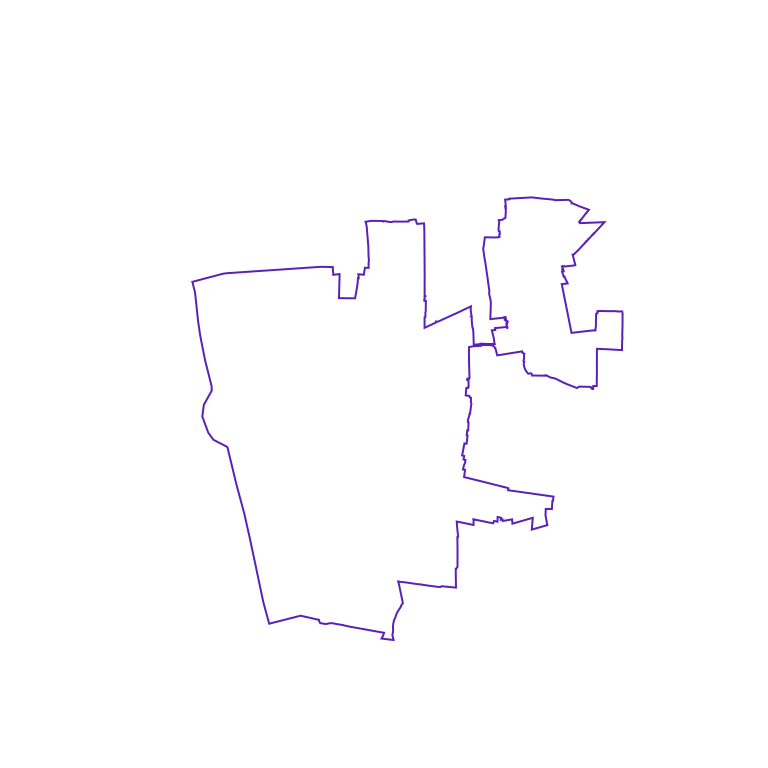 outline of 's-Gravenhage, Zuid-Holland, Netherlands, rotated 306°
{"feature_id": "6326949B51640145634696", "entity_name": "'s-Gravenhage", "entity_type": "district", "adm_level": 2, "iso_a3": "NLD", "parent_name": "Netherlands", "parent_adm1": "Zuid-Holland", "projection": "albers", "projection_center": [4.334, 52.075], "detail": "fine", "context": "isolated", "style": "outline", "palette": "violet", "viewbox_px": 768, "rotation_deg": 306, "n_neighbors": 0, "source": "geoboundaries", "source_scale": "gbopen_adm2", "svg_char_len": 6082}
<svg xmlns="http://www.w3.org/2000/svg" viewBox="0 0 768 768"><g transform="rotate(306 384 384)"><path d="M551.3,556.6L557.9,552.0L560.5,550.3L561.5,549.8L561.9,549.5L562.8,548.4L563.2,548.3L572.2,542.1L580.8,535.9L582.5,534.4L582.6,534.2L582.6,533.9L582.4,533.5L580.5,531.1L578.4,527.6L575.5,523.7L569.3,514.8L569.2,514.7L568.9,514.8L568.3,513.9L567.0,514.8L567.0,514.7L565.4,514.4L554.5,522.0L553.2,522.4L551.6,523.6L550.9,522.6L550.5,522.0L549.0,520.2L535.7,505.8L535.8,505.7L535.7,505.5L569.3,469.1L573.2,473.4L573.9,472.2L574.0,472.3L576.5,467.5L577.0,467.0L576.4,466.3L577.6,464.8L579.6,462.0L580.8,463.1L581.5,462.2L581.4,462.1L581.5,461.9L582.2,461.3L581.7,460.8L582.4,460.5L582.9,459.9L583.7,458.8L584.4,459.3L584.5,459.7L584.7,460.0L585.2,460.2L585.3,460.5L585.2,460.9L585.2,461.1L592.2,468.7L592.7,468.9L599.5,460.6L600.0,461.3L604.2,462.1L606.7,462.5L616.0,463.6L616.5,463.6L616.4,463.7L620.9,464.3L621.2,464.1L621.3,464.3L628.5,465.1L628.3,465.3L644.5,467.2L629.4,448.1L629.7,447.9L629.8,446.6L631.3,446.6L631.1,446.9L640.3,447.0L641.0,447.3L641.4,447.0L645.4,447.4L642.7,437.9L641.0,430.4L640.8,429.8L640.5,429.6L641.1,429.2L641.4,428.7L641.6,428.2L641.5,425.5L641.4,425.0L633.6,414.8L632.3,412.0L631.1,409.9L626.9,402.9L622.7,395.4L622.1,394.2L607.5,376.3L607.0,376.7L606.0,375.7L604.4,373.6L602.1,375.7L599.3,378.1L598.9,377.6L597.8,378.7L598.1,379.0L594.6,381.5L590.9,383.9L589.4,384.6L589.0,384.1L586.4,383.2L584.0,380.5L582.6,382.1L577.1,385.3L575.1,386.9L575.0,387.2L575.5,387.9L573.3,389.6L572.8,389.4L571.5,390.4L571.3,390.3L570.8,391.0L569.7,390.0L567.7,387.6L563.3,381.2L561.9,379.4L555.0,383.2L553.4,383.9L551.8,384.7L544.9,391.3L542.8,393.6L534.7,401.5L532.4,403.8L527.0,408.9L521.7,414.1L518.6,416.2L517.6,417.3L515.8,419.5L513.4,422.0L510.5,424.1L499.0,431.9L508.4,442.3L508.7,442.0L509.6,443.0L508.8,443.7L508.1,442.9L506.9,444.0L507.8,444.9L506.6,446.0L507.4,446.9L506.7,447.6L506.1,447.0L504.7,448.4L504.3,447.9L502.9,449.4L502.6,450.4L502.0,450.9L501.7,450.7L502.5,449.9L500.7,448.0L494.5,441.0L493.1,442.3L490.8,439.7L485.6,445.9L482.7,448.6L481.4,450.1L475.0,441.0L474.1,439.3L473.1,438.3L472.9,438.5L472.6,438.3L468.6,433.5L478.1,426.1L481.4,423.3L481.4,423.1L481.4,422.6L482.4,421.7L482.5,421.5L487.0,417.6L489.0,416.2L489.9,415.4L489.9,415.2L490.0,415.3L491.0,414.5L492.4,412.8L495.7,410.0L497.9,408.7L486.0,402.2L465.8,390.8L465.5,389.8L465.1,389.2L463.9,389.7L453.3,383.8L461.7,377.7L461.9,377.9L462.4,378.2L465.8,375.7L467.4,375.0L475.9,369.0L475.0,367.8L475.8,367.1L476.0,367.3L478.8,365.3L479.3,366.0L479.5,365.9L479.4,364.9L498.6,351.0L533.5,325.2L537.5,321.9L533.1,316.9L533.0,316.4L534.5,314.4L535.7,313.0L535.0,312.0L533.9,310.7L530.8,307.8L529.9,308.4L526.2,303.5L521.1,296.3L519.4,294.8L518.9,294.2L517.6,291.8L516.7,289.7L515.8,288.2L515.4,287.7L515.1,287.9L514.8,287.5L514.9,287.1L514.7,286.6L509.9,279.7L508.2,277.5L504.4,273.7L503.2,275.4L500.7,277.9L485.9,290.6L477.9,296.7L475.9,298.6L472.3,300.8L468.9,303.3L466.8,300.2L465.2,301.2L463.6,301.8L460.6,303.5L457.7,298.7L456.7,299.7L455.1,300.9L455.0,301.2L454.6,301.4L454.3,300.8L449.0,304.0L442.0,307.5L436.3,310.2L427.0,297.1L446.2,283.9L446.8,283.4L442.5,278.8L443.8,277.9L444.7,276.9L448.5,273.8L441.5,263.8L381.4,191.9L378.9,189.2L354.0,168.9L347.1,177.2L325.2,197.0L315.1,206.9L298.1,225.2L281.1,245.6L277.5,248.5L261.2,250.5L250.8,256.2L241.3,270.5L238.6,278.8L241.0,294.3L216.2,323.4L196.9,347.3L180.7,365.7L167.1,380.8L136.4,414.8L122.6,432.0L147.5,452.7L155.0,470.1L154.0,470.9L153.0,473.0L153.9,474.5L154.7,476.4L156.1,478.6L158.7,480.8L159.4,481.8L160.4,483.4L162.2,487.3L164.8,492.3L164.7,492.4L167.5,498.8L179.4,523.4L182.8,530.3L179.7,531.2L176.6,531.6L182.5,542.2L183.4,541.3L185.8,538.3L188.3,537.3L189.6,536.5L193.3,533.6L197.8,531.3L199.2,530.9L201.6,530.5L203.4,529.8L206.6,529.0L209.7,528.7L213.5,528.6L214.4,528.3L215.8,528.0L217.8,528.1L230.6,514.0L232.6,511.5L233.0,512.1L233.1,512.5L233.5,513.4L236.3,518.3L242.0,529.2L243.4,531.3L243.7,532.2L246.7,537.9L251.7,547.1L252.9,548.9L253.4,549.2L254.1,549.3L254.6,549.9L255.1,551.0L255.5,551.6L261.6,561.9L274.4,552.3L276.7,550.7L277.0,551.1L277.8,550.9L279.2,551.0L294.1,540.2L303.3,533.3L303.8,533.5L304.0,533.7L304.6,533.2L310.5,527.9L315.5,523.7L322.6,539.3L326.1,536.8L327.0,535.9L327.4,536.9L327.5,536.8L331.0,544.4L335.4,554.1L335.5,554.2L337.8,553.4L339.3,556.7L343.2,554.1L344.5,557.0L344.6,557.5L342.8,558.3L344.1,559.5L343.0,560.6L349.8,567.2L346.5,570.0L363.2,583.0L353.1,589.1L365.8,599.1L372.6,591.9L378.0,588.3L381.5,593.3L388.5,588.9L388.9,589.4L392.5,587.3L371.1,547.0L371.0,546.7L372.7,546.0L372.7,545.5L362.9,521.0L357.6,508.0L355.8,503.5L362.2,500.0L361.3,498.1L365.1,496.5L368.5,495.8L369.5,494.8L370.4,494.5L369.7,492.7L372.9,491.2L372.1,489.2L378.8,486.1L379.7,485.6L379.9,485.3L380.5,485.3L383.2,484.0L384.2,485.9L385.0,485.5L391.5,481.8L391.1,481.1L395.4,478.6L395.9,479.4L402.7,474.9L402.5,474.3L404.4,472.9L406.8,472.2L410.4,470.7L410.5,471.0L412.6,469.9L414.2,469.2L414.4,468.9L419.5,466.2L420.6,464.7L421.6,464.2L424.0,462.4L423.5,461.5L423.9,460.8L424.5,460.0L422.8,456.8L429.1,452.9L429.4,453.0L430.1,454.3L430.5,454.3L431.4,453.8L431.6,454.0L436.6,450.2L436.1,449.4L436.1,449.1L436.4,448.6L436.8,448.3L437.6,448.5L438.5,449.8L438.9,449.8L452.9,439.0L456.7,436.3L459.6,434.0L463.9,431.1L466.9,433.9L471.9,440.0L473.0,440.5L474.1,441.6L477.8,446.9L478.8,448.8L479.0,450.0L479.0,450.9L478.8,451.8L478.1,453.0L478.3,453.2L473.7,458.8L491.6,476.6L490.6,477.7L490.8,478.3L490.9,479.9L489.6,480.3L487.7,481.8L486.4,482.7L484.7,483.2L484.6,483.6L484.5,484.4L483.9,484.5L482.7,485.0L481.3,486.3L480.4,487.2L478.9,489.4L478.3,490.6L477.5,492.9L477.1,494.7L478.9,496.3L479.0,497.5L477.9,498.8L485.7,509.8L486.0,509.6L486.7,511.0L486.6,511.6L486.9,513.7L487.3,515.2L489.1,519.4L490.2,525.5L490.7,529.2L490.9,529.2L491.3,531.6L494.2,542.5L496.5,543.3L502.9,552.5L503.1,552.9L503.1,553.3L502.3,554.6L502.5,554.8L502.5,555.8L503.0,556.1L505.3,554.5L507.4,557.3L515.6,551.5L537.6,535.6L538.1,536.3L544.2,545.5L546.4,549.0L551.3,556.6Z" fill="none" stroke="#5b21b6" stroke-width="2"/></g></svg>